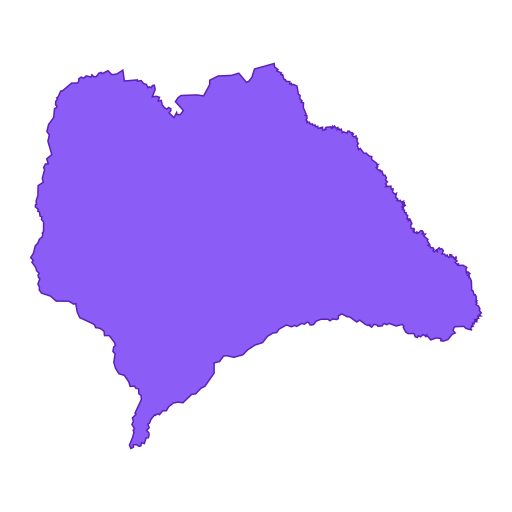 the district of Ariguaní, Magdalena, Colombia
{"feature_id": "7082276B61521113945652", "entity_name": "Ariguaní", "entity_type": "district", "adm_level": 2, "iso_a3": "COL", "parent_name": "Colombia", "parent_adm1": "Magdalena", "projection": "albers", "projection_center": [-74.033, 9.809], "detail": "fine", "context": "isolated", "style": "filled", "palette": "violet", "viewbox_px": 512, "rotation_deg": 0, "n_neighbors": 0, "source": "geoboundaries", "source_scale": "gbopen_adm2", "svg_char_len": 5968}
<svg xmlns="http://www.w3.org/2000/svg" viewBox="0 0 512 512"><path d="M274.2,63.5L254.5,69.0L251.9,77.4L248.6,81.4L246.4,82.3L238.8,73.2L231.5,75.4L218.1,76.0L209.7,80.3L209.7,84.6L203.6,95.9L196.9,94.9L181.0,95.5L178.1,97.6L175.4,101.7L183.4,110.5L180.3,114.6L177.0,114.5L176.6,112.6L174.0,117.6L169.1,112.9L170.8,110.7L170.8,108.7L168.6,107.5L166.8,109.1L164.6,107.8L162.2,104.8L161.3,100.4L158.2,101.0L159.5,97.3L156.5,96.3L152.4,96.8L155.2,89.3L154.3,85.2L152.5,85.5L151.3,87.6L149.3,86.8L147.9,87.7L146.4,84.4L143.6,83.6L141.2,80.6L137.4,81.2L137.4,79.9L124.4,81.0L122.8,70.1L116.7,74.1L111.7,74.6L108.0,70.7L102.1,73.7L101.3,72.4L98.8,73.2L96.2,76.7L93.7,76.7L92.0,74.8L91.0,77.0L86.1,75.9L83.9,78.1L81.1,77.1L78.8,78.8L78.9,81.1L77.6,83.0L71.6,83.1L62.4,90.9L60.7,91.0L58.2,96.8L56.7,97.9L57.5,98.9L55.7,101.5L55.6,105.0L56.7,105.5L56.7,107.4L54.5,108.7L53.7,117.5L48.6,124.4L46.9,131.5L49.3,134.9L47.9,141.2L51.8,154.6L46.7,158.8L48.2,163.8L45.5,164.0L43.6,167.5L44.6,169.5L42.3,178.4L43.3,182.2L38.1,185.6L37.9,195.5L36.1,200.9L36.5,204.4L35.5,204.7L35.3,206.9L38.3,209.4L37.8,211.2L39.5,212.1L40.0,216.1L41.8,216.7L41.5,219.5L43.6,221.9L43.5,231.5L42.2,233.2L42.9,234.6L42.0,237.1L39.4,239.2L37.9,243.0L35.3,245.8L33.4,253.3L30.7,257.6L33.3,260.4L31.9,262.1L35.9,267.8L36.5,270.7L39.1,273.2L38.1,274.8L38.5,277.6L39.9,278.7L37.9,284.0L39.5,287.5L39.2,289.9L41.5,293.1L50.5,296.1L56.2,301.1L68.8,301.2L73.6,304.1L75.8,303.7L77.2,312.0L79.7,317.6L92.4,323.5L94.5,324.8L95.6,327.6L99.6,328.2L102.7,330.1L104.1,331.5L104.5,335.6L109.2,335.6L114.5,342.5L115.4,345.5L113.7,347.0L112.9,351.5L115.1,353.8L113.8,362.3L115.5,368.2L118.9,373.7L124.4,375.4L128.9,382.1L130.1,386.4L134.6,386.1L135.6,388.1L138.7,389.1L138.8,393.7L141.1,395.4L141.3,399.7L135.0,413.1L136.0,414.4L132.4,417.8L133.4,421.5L131.9,424.4L134.4,428.5L133.2,430.3L133.9,432.1L132.6,437.4L129.4,445.2L130.9,448.5L133.4,447.3L133.2,444.8L136.4,444.7L139.2,446.4L140.9,445.8L141.5,442.7L144.3,443.6L146.1,438.0L148.4,437.7L149.1,434.9L148.8,432.7L146.6,430.3L149.2,427.8L147.8,424.1L149.4,423.3L151.0,419.3L154.6,414.9L155.3,415.4L157.8,413.7L159.5,414.7L162.6,410.9L166.4,410.7L168.6,406.8L173.3,403.0L178.3,402.1L182.9,402.8L191.7,394.3L195.6,393.9L201.0,388.2L204.9,386.3L214.1,373.1L214.1,362.9L219.6,361.5L223.5,356.1L226.7,355.7L233.9,357.3L243.0,354.7L247.7,349.8L255.1,345.0L262.6,342.6L267.5,336.3L273.0,333.0L276.6,332.6L279.0,329.2L286.4,325.0L291.6,326.8L294.7,325.4L296.6,326.4L301.9,323.4L304.4,324.2L307.1,322.2L308.6,322.5L310.0,324.9L311.6,325.0L313.5,324.5L316.2,321.2L320.8,319.3L327.9,319.2L329.9,320.8L332.5,319.0L336.7,319.5L338.4,318.6L338.3,315.9L341.8,313.9L347.3,316.8L349.5,316.8L356.7,322.0L359.7,320.1L365.4,324.4L367.9,325.4L369.7,324.7L369.5,325.7L371.6,327.2L374.1,324.3L377.4,325.2L377.9,326.3L382.4,325.8L382.9,324.3L384.6,323.7L386.8,324.7L389.1,323.4L396.2,326.0L402.2,324.4L403.8,326.0L403.3,327.6L405.8,332.1L408.1,333.6L413.9,333.5L415.3,336.9L417.5,337.4L418.3,335.8L420.6,336.8L423.1,334.6L425.0,335.8L426.4,335.1L425.9,336.5L427.6,336.2L430.8,339.9L436.4,337.9L441.1,338.6L440.7,340.6L443.0,341.2L447.9,339.6L452.3,334.2L455.2,333.0L453.1,330.4L454.2,327.3L455.5,326.7L463.9,326.4L465.8,328.4L472.0,330.1L470.6,328.8L471.5,326.7L472.8,326.5L471.9,325.7L472.9,325.3L472.5,323.3L474.1,323.8L474.4,321.7L476.2,321.7L474.6,319.6L476.1,319.3L476.9,320.7L477.2,318.6L478.7,318.3L477.8,316.1L480.7,315.9L479.3,314.9L481.3,312.9L479.3,310.5L479.9,308.9L478.5,306.0L476.0,304.6L477.0,303.0L475.8,301.9L477.0,300.8L476.1,300.0L476.2,296.9L475.4,294.8L474.2,295.0L472.8,290.5L471.7,290.3L471.4,281.3L470.2,278.1L468.9,277.8L469.3,276.0L467.6,275.3L469.9,273.7L467.9,271.8L466.5,273.2L465.9,269.4L466.8,267.4L463.1,265.3L457.8,265.3L458.7,263.3L457.3,264.4L455.0,262.4L457.1,261.0L455.1,259.2L456.4,258.0L456.0,257.0L454.3,258.8L453.5,257.0L451.8,256.9L451.8,255.0L449.8,254.7L450.1,256.8L448.5,257.5L447.1,255.0L445.7,256.1L444.6,254.1L441.9,254.0L443.3,250.6L441.7,248.6L440.2,249.2L439.2,247.8L437.2,249.6L437.3,251.4L436.2,250.0L434.3,251.9L433.0,250.6L434.0,249.5L432.9,247.7L430.5,247.6L430.0,246.0L428.3,245.4L429.7,244.6L427.2,240.8L427.9,239.4L423.7,235.9L425.4,234.1L422.2,233.8L423.3,232.4L422.4,230.9L420.7,230.7L418.7,232.8L416.9,232.1L417.0,233.3L413.7,232.2L414.3,231.5L413.0,230.7L414.4,229.8L414.0,228.5L410.9,228.3L410.8,224.7L411.9,223.8L410.2,219.7L408.6,220.6L409.2,218.9L407.1,219.2L407.7,215.6L405.9,214.0L406.2,212.8L404.4,212.3L404.5,210.2L402.5,209.3L403.5,208.1L402.1,207.1L403.2,206.8L402.8,204.9L404.5,206.1L405.3,205.3L404.0,204.0L404.3,202.6L402.6,202.9L403.4,201.3L401.2,201.9L400.2,200.3L398.5,201.1L396.8,200.2L397.8,199.1L395.6,197.2L396.4,193.4L395.0,194.2L392.5,192.1L393.1,188.9L391.2,189.1L390.9,186.1L385.8,186.7L386.7,185.3L385.4,183.9L387.5,181.8L385.5,180.0L386.4,177.9L385.0,175.2L383.3,175.1L381.9,171.0L380.4,171.5L380.1,170.0L378.4,170.1L376.2,167.7L377.7,166.9L377.2,165.5L378.1,164.6L376.9,164.7L376.7,163.3L371.7,159.6L371.7,156.5L369.5,156.3L366.0,153.1L364.0,153.4L360.2,148.4L358.6,149.6L357.2,145.1L358.4,143.6L356.9,141.4L357.4,138.4L356.2,138.3L356.0,136.0L353.9,136.8L352.4,135.9L353.3,134.0L352.0,134.1L352.4,132.8L350.1,132.4L349.5,131.2L347.9,131.1L347.1,133.0L343.4,131.9L342.3,132.7L341.2,129.1L339.6,130.1L338.9,128.7L337.4,129.6L337.8,127.5L336.0,128.1L334.5,126.1L332.9,128.0L332.6,126.3L331.2,128.1L330.7,126.9L326.0,127.3L325.2,128.5L325.9,129.3L323.0,130.4L322.6,128.5L320.6,128.1L323.2,127.0L318.2,128.4L317.7,126.3L315.4,126.8L315.1,125.0L313.1,125.4L312.4,123.8L310.4,124.3L309.3,122.1L306.9,122.6L307.3,121.3L305.9,119.9L307.0,118.5L306.9,115.7L305.2,115.3L306.1,114.2L303.3,107.5L303.5,102.8L301.1,102.3L302.0,100.9L299.8,98.6L300.1,95.4L298.4,94.2L297.0,86.1L293.4,84.4L291.9,85.0L291.4,83.4L289.8,84.1L289.8,81.6L286.2,81.3L285.2,79.4L283.9,79.4L282.7,74.6L281.4,75.0L280.7,74.1L281.4,72.9L276.7,70.9L278.0,69.6L274.5,66.9L274.2,63.5Z" fill="#8b5cf6" stroke="#5b21b6" stroke-width="1.5"/></svg>